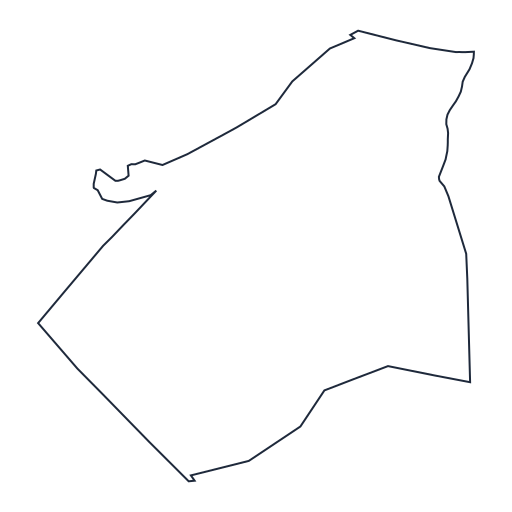 outline of San Cristóbal Suchixtlahuaca, Oaxaca, Mexico
{"feature_id": "50627088B15644266114804", "entity_name": "San Cristóbal Suchixtlahuaca", "entity_type": "district", "adm_level": 2, "iso_a3": "MEX", "parent_name": "Mexico", "parent_adm1": "Oaxaca", "projection": "mercator", "projection_center": [-97.381, 17.726], "detail": "fine", "context": "isolated", "style": "outline", "palette": "slate", "viewbox_px": 512, "rotation_deg": 0, "n_neighbors": 0, "source": "geoboundaries", "source_scale": "gbopen_adm2", "svg_char_len": 1268}
<svg xmlns="http://www.w3.org/2000/svg" viewBox="0 0 512 512"><path d="M473.1,59.5L473.5,58.2L473.8,54.7L473.9,51.7L470.0,51.9L466.1,52.1L461.4,52.1L459.3,52.0L456.0,52.1L429.8,48.1L396.3,40.4L358.1,30.7L350.3,34.9L354.3,38.2L329.9,48.5L309.8,66.1L292.3,81.4L275.6,104.2L236.7,127.4L228.5,131.9L187.3,154.2L162.5,165.0L144.8,160.5L139.6,162.6L135.2,164.3L131.3,164.2L127.8,165.8L128.6,175.7L124.8,178.8L119.9,180.3L118.0,180.8L115.4,180.8L100.1,169.5L96.3,170.5L95.9,173.8L93.7,183.8L93.7,187.5L93.9,188.0L97.7,190.2L102.2,198.9L107.2,200.7L117.3,202.5L129.2,201.2L150.6,195.2L150.9,195.0L156.3,190.6L134.6,213.5L123.9,224.5L112.0,237.0L103.2,245.7L81.3,271.7L65.2,290.8L38.1,323.1L77.4,368.6L101.6,393.1L129.2,421.4L137.9,430.3L149.0,441.7L188.7,481.3L194.6,480.7L190.9,475.4L248.8,460.9L300.4,426.5L324.4,390.4L353.5,379.2L388.0,366.1L434.8,375.5L470.1,382.2L467.3,278.8L466.2,253.8L448.4,196.2L444.3,186.4L439.6,180.9L439.1,179.2L438.9,176.8L443.0,166.3L445.6,159.4L446.2,156.4L447.3,151.2L447.7,145.6L447.8,142.5L447.8,139.2L448.1,133.1L447.6,128.8L446.3,124.2L446.4,119.4L447.5,114.6L449.8,110.1L453.0,105.4L455.9,101.3L458.6,96.4L460.8,91.7L462.0,86.6L462.7,81.7L464.8,76.9L469.5,69.3L472.0,63.3L473.1,59.5Z" fill="none" stroke="#1e293b" stroke-width="2"/></svg>